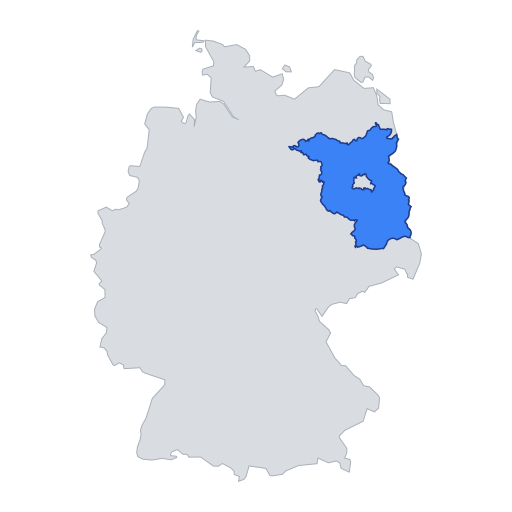 location of Brandenburg within Germany
{"feature_id": "DEU-3487", "entity_name": "Brandenburg", "entity_type": "State", "adm_level": 1, "iso_a3": "DEU", "parent_name": "Germany", "parent_adm1": "", "projection": "orthographic", "projection_center": [13.043, 52.446], "detail": "fine", "context": "in_parent", "style": "filled", "palette": "blue", "viewbox_px": 512, "rotation_deg": 0, "n_neighbors": 0, "source": "natural_earth", "source_scale": "10m", "svg_char_len": 9623}
<svg xmlns="http://www.w3.org/2000/svg" viewBox="0 0 512 512"><path d="M213.4,466.1L200.6,457.0L188.9,457.2L187.1,454.3L183.1,454.3L177.3,449.6L171.9,451.8L170.5,454.2L170.8,455.7L176.2,456.2L176.8,457.5L171.2,459.8L162.3,458.4L151.6,460.1L142.8,459.1L137.8,456.6L136.7,452.7L137.4,447.0L140.1,439.6L141.1,434.1L140.4,430.5L142.0,425.2L145.9,418.4L152.3,398.4L164.7,384.8L164.9,379.8L145.5,373.3L142.4,371.7L139.8,367.7L124.1,368.7L123.1,364.7L119.1,362.8L114.6,365.5L113.1,365.0L107.8,355.3L106.7,350.9L104.1,347.9L99.9,346.9L101.9,338.6L106.4,332.8L107.0,327.6L98.8,322.6L95.0,316.3L94.5,309.3L97.7,301.6L105.1,297.5L104.9,289.6L99.4,285.0L99.1,283.7L101.9,281.0L93.9,271.3L96.7,262.6L95.5,259.9L91.6,257.6L90.6,254.8L93.6,254.5L101.0,249.0L101.3,248.0L99.5,247.0L99.5,244.4L105.1,231.9L105.1,229.7L102.1,223.0L102.2,220.8L97.9,213.1L98.1,210.8L106.3,207.1L112.6,210.9L115.3,209.2L118.5,209.8L126.7,207.2L129.2,203.4L126.4,199.9L127.0,197.4L136.5,191.0L138.2,187.7L139.3,181.2L138.4,178.8L137.3,177.3L129.7,175.5L128.1,171.5L129.2,166.5L130.6,165.7L139.8,166.5L144.6,152.3L147.1,147.9L149.2,129.8L144.7,124.0L147.5,113.8L151.3,108.5L154.1,107.1L165.9,107.1L178.7,108.4L183.5,117.3L181.2,121.5L184.2,123.7L185.8,123.1L188.3,115.2L189.5,114.0L194.5,119.7L194.2,126.6L196.2,117.3L195.6,110.7L196.7,104.4L200.1,99.2L209.4,102.0L220.0,101.4L223.8,104.1L232.1,116.8L238.8,119.7L233.7,116.9L223.6,101.4L212.5,97.0L210.2,92.6L211.2,77.6L207.1,74.3L202.5,75.1L202.1,71.7L203.0,69.2L213.4,65.8L213.8,61.7L205.5,46.6L205.5,40.2L213.2,41.0L222.4,44.5L224.6,46.8L236.7,44.6L245.6,49.4L249.7,55.7L249.7,61.0L244.0,67.1L253.3,66.5L255.4,71.2L260.4,69.7L272.6,77.1L282.2,73.8L283.7,79.5L281.7,85.2L274.8,91.1L276.2,94.9L278.3,95.8L284.6,95.2L294.6,99.2L308.2,87.9L318.9,86.7L334.6,69.6L349.8,72.9L353.8,80.3L364.0,88.4L373.3,87.7L376.7,95.4L378.2,104.9L383.7,109.8L391.7,111.8L393.3,121.8L397.5,137.4L397.5,142.3L396.1,147.7L393.6,152.3L388.3,157.8L388.0,160.9L401.7,174.1L405.5,180.8L403.5,190.6L405.7,195.2L408.0,196.8L409.0,199.2L409.1,204.8L410.8,206.4L408.3,216.7L405.8,220.9L406.6,224.4L410.4,230.6L410.6,238.6L418.3,243.5L421.4,253.9L419.8,263.1L413.0,279.2L407.4,277.2L407.7,273.7L406.7,273.5L404.8,269.2L396.5,266.9L394.3,269.0L398.5,274.8L381.5,283.0L369.0,286.4L364.7,292.4L362.4,291.2L357.4,293.8L355.3,297.6L349.3,298.8L346.6,303.6L340.1,302.2L332.1,304.3L328.6,306.8L322.0,316.4L316.9,308.9L315.5,308.9L315.2,311.3L318.2,316.7L319.4,321.3L328.6,329.5L330.6,333.0L326.0,341.9L334.9,358.0L341.7,365.6L345.5,365.6L354.0,375.5L359.6,379.0L363.8,385.8L369.4,386.8L377.9,395.0L379.6,397.8L378.6,408.2L374.4,411.9L367.2,408.6L363.0,421.3L344.7,430.4L339.4,435.9L339.4,437.7L346.8,448.4L346.8,453.1L344.6,458.1L349.9,459.4L350.7,461.9L349.2,472.1L341.2,468.4L339.7,462.8L336.4,461.0L328.5,462.8L318.0,458.1L317.0,463.7L298.7,465.5L286.0,470.8L282.3,474.3L272.2,475.9L269.9,475.5L265.9,468.4L249.1,466.0L246.0,476.6L243.7,479.5L238.5,481.3L239.4,476.5L234.2,474.5L234.1,471.3L230.8,467.9L222.3,463.5L218.4,466.2L213.4,466.1ZM372.6,74.5L373.5,78.3L372.6,80.3L368.8,77.0L365.0,77.1L362.8,82.2L361.1,82.4L355.2,77.8L354.3,75.6L354.7,65.2L356.6,63.0L356.8,59.8L360.1,56.4L362.9,56.3L365.2,61.1L370.8,64.3L371.3,65.7L368.3,69.8L369.0,72.0L372.6,74.5ZM389.9,99.1L390.1,103.7L380.3,103.4L379.4,99.9L380.0,96.6L376.8,93.0L376.8,89.1L389.9,99.1ZM194.7,42.7L192.3,47.2L193.2,39.1L197.4,30.7L198.9,31.0L196.6,34.9L195.9,39.8L204.2,40.8L203.1,42.2L194.7,42.7ZM291.3,71.8L286.1,71.8L282.3,68.8L284.8,65.0L289.7,67.0L291.3,71.8ZM202.1,51.0L200.7,52.3L195.9,50.5L199.7,48.1L201.8,48.9L202.1,51.0Z" fill="#d9dde1" stroke="#a8b0b8" stroke-width="1"/><path d="M405.1,176.9L406.4,178.0L405.4,180.1L405.2,181.4L405.9,182.0L406.0,182.6L405.5,184.0L404.7,185.3L402.9,187.0L403.1,189.3L404.0,191.8L404.8,193.4L404.6,194.5L405.4,195.4L406.6,195.9L408.6,196.6L409.2,197.6L409.2,198.7L408.5,199.7L408.5,200.0L409.1,200.8L409.0,201.6L408.6,202.7L408.4,204.2L408.8,205.0L411.1,206.7L410.2,208.0L409.9,209.6L409.0,211.6L409.0,215.1L408.7,216.2L408.2,217.3L407.6,218.2L405.6,220.3L405.1,221.3L405.2,222.6L405.9,223.4L406.5,223.9L407.0,224.5L407.2,226.0L407.6,227.5L408.4,228.4L410.2,229.8L410.7,230.8L411.1,232.3L411.1,233.8L410.8,234.9L410.1,236.1L409.8,237.2L409.9,237.6L408.3,237.6L405.9,236.4L405.1,236.3L404.3,236.4L402.8,236.8L398.1,239.3L396.7,239.7L395.5,238.9L394.2,238.4L392.5,238.2L390.3,238.8L388.4,240.0L387.0,241.9L386.8,242.3L386.8,243.2L386.2,244.5L383.6,248.5L383.3,248.7L382.5,248.4L376.3,249.3L370.8,248.9L368.7,248.3L367.9,248.4L367.5,248.3L366.9,247.4L366.0,246.7L365.2,246.0L363.5,245.1L362.7,245.2L361.8,245.9L357.8,247.2L357.3,246.5L356.6,246.2L356.4,246.6L356.0,246.5L355.5,247.3L355.1,246.8L355.0,246.0L355.6,245.3L355.9,244.5L355.9,243.1L355.8,242.6L355.6,242.4L355.5,242.0L356.3,241.2L356.2,240.4L355.9,239.2L355.0,238.5L354.7,238.0L354.9,236.8L354.7,236.4L353.7,235.7L353.1,235.9L352.9,235.7L352.4,235.4L351.4,234.2L350.9,234.0L351.7,232.7L354.1,230.7L355.1,229.3L355.2,228.6L354.4,226.8L354.4,224.4L355.7,222.3L356.9,220.9L357.2,220.2L356.5,219.9L355.1,219.8L354.5,220.8L353.7,220.1L351.1,220.3L350.4,220.1L348.4,218.7L347.4,217.4L346.3,217.1L344.4,217.0L344.2,216.8L343.7,215.6L343.2,215.2L341.5,214.9L336.9,212.1L336.5,212.1L336.2,212.8L335.3,213.3L334.8,213.8L333.2,213.4L332.6,213.0L330.9,211.7L330.2,210.8L329.8,210.5L329.6,210.6L329.2,211.1L328.2,211.1L326.3,209.4L326.1,208.4L324.0,205.4L323.3,204.7L322.5,204.1L322.1,203.2L321.2,202.2L320.8,201.4L320.5,200.3L320.8,199.7L321.3,198.3L322.1,197.4L322.2,197.1L321.7,196.2L321.3,196.1L320.9,195.6L320.8,194.0L321.4,192.5L321.8,191.5L321.7,190.5L321.8,189.8L321.8,189.4L322.4,188.2L322.7,187.1L322.3,186.1L323.0,185.4L323.7,183.8L323.8,182.5L324.1,182.0L323.9,181.8L322.7,182.1L321.8,180.7L321.2,180.4L320.9,180.6L320.7,181.4L320.5,181.8L319.6,182.0L319.2,181.9L318.9,181.5L318.8,181.0L319.4,180.1L318.3,180.0L318.1,179.8L319.0,178.2L319.5,175.0L320.3,175.0L321.0,174.7L321.4,174.0L321.7,172.9L321.8,171.9L321.2,171.2L321.0,170.3L320.6,169.7L320.5,169.2L321.2,168.3L321.1,168.0L320.8,167.4L320.7,166.8L321.9,165.7L322.1,165.0L322.1,164.6L321.2,162.0L321.1,161.8L320.1,161.4L318.7,161.7L317.9,161.7L317.8,160.9L317.5,160.4L317.3,160.2L313.9,160.5L313.4,160.7L312.8,160.5L311.4,159.8L310.4,159.6L308.2,158.0L308.7,157.1L308.9,156.5L308.5,156.2L307.4,156.1L306.9,155.7L305.9,154.1L304.1,154.8L303.5,154.7L303.1,153.1L302.7,152.8L301.5,152.7L301.0,152.4L301.3,152.1L301.5,151.6L301.5,151.1L301.2,150.8L299.6,151.2L298.0,150.5L296.5,150.1L295.5,149.0L294.7,148.8L294.0,148.9L292.9,149.7L292.2,149.9L291.5,149.7L290.9,149.3L289.7,147.8L289.1,146.7L291.8,146.8L293.3,147.3L293.4,145.9L294.0,145.6L295.1,145.7L297.0,146.8L297.9,146.7L298.6,146.2L298.9,145.3L298.6,143.5L298.1,142.9L298.0,142.4L298.3,141.9L300.5,140.0L302.4,139.4L303.6,139.3L304.0,139.5L305.1,140.4L305.5,141.4L306.9,140.7L308.8,140.8L308.7,140.0L308.0,139.4L308.6,139.1L309.5,139.4L310.4,138.4L312.3,137.6L312.9,137.9L314.2,136.8L314.8,136.7L315.1,135.8L315.2,135.0L316.1,134.4L316.6,133.5L318.6,132.9L319.5,133.6L320.6,132.9L321.0,132.8L321.4,132.9L322.2,134.3L324.6,135.0L326.1,135.9L327.7,137.4L328.7,137.9L329.2,138.7L330.9,138.7L332.0,138.4L335.8,139.4L336.3,139.6L337.2,140.6L338.7,141.0L339.5,141.1L339.8,141.3L339.9,142.6L340.3,143.0L342.7,142.8L344.2,143.5L345.6,143.2L346.5,143.2L347.2,143.0L347.4,143.3L346.9,144.0L347.9,144.7L348.8,144.6L350.2,143.0L352.3,141.4L352.7,140.3L353.8,139.4L354.1,139.3L354.6,139.4L355.4,140.6L355.8,140.8L356.7,140.8L357.0,139.6L357.4,138.6L358.0,137.9L358.5,137.6L359.4,137.5L360.2,137.7L361.5,138.4L362.2,138.6L362.8,138.4L364.6,136.9L364.9,136.7L365.8,135.8L366.9,133.0L367.1,131.9L367.3,131.3L367.8,130.8L368.4,130.5L369.7,130.4L370.4,129.7L371.1,128.5L373.1,126.7L374.3,126.5L375.5,126.6L376.5,126.1L376.4,125.4L375.5,123.8L375.5,122.8L376.1,122.8L377.0,124.2L378.6,124.8L378.7,126.0L379.7,127.8L379.9,128.6L380.4,129.4L382.8,129.2L384.9,129.3L386.5,129.8L387.1,128.8L388.0,128.6L389.2,129.2L390.7,129.1L391.5,129.3L391.5,130.8L391.4,131.9L390.9,133.1L389.7,135.1L386.8,137.1L386.8,138.2L389.6,138.8L391.8,138.9L392.3,138.6L392.5,137.8L393.4,137.3L394.4,136.0L396.7,134.5L396.9,135.6L397.1,137.7L398.5,139.2L397.6,141.0L396.7,142.1L396.5,142.8L396.4,143.6L396.8,146.2L395.8,150.0L395.3,151.0L394.3,152.1L392.3,153.8L390.2,155.0L388.5,156.2L389.3,159.9L389.2,161.0L388.8,161.7L387.9,162.5L388.3,163.3L388.9,163.8L390.4,164.1L391.1,164.4L392.3,165.7L393.2,166.2L397.0,168.9L397.6,169.5L398.8,171.8L399.8,172.5L400.9,173.8L403.0,174.6L405.1,176.9ZM370.7,183.7L370.7,183.1L371.5,181.1L371.5,180.7L370.2,180.3L368.7,179.3L366.4,176.6L366.2,176.1L366.3,174.7L365.3,173.6L365.2,173.6L364.3,174.4L364.1,174.8L363.9,174.9L363.2,174.4L362.4,175.1L362.1,175.7L361.5,175.9L360.2,175.8L359.6,175.5L359.4,175.2L359.4,174.7L359.3,174.3L359.4,174.0L358.9,174.0L358.7,174.1L358.3,175.0L357.9,175.3L356.5,175.8L356.1,177.0L356.4,178.0L356.0,178.0L354.3,177.2L354.1,177.4L353.8,178.1L354.0,178.7L353.7,181.6L354.3,182.6L354.3,183.0L352.8,184.5L352.6,185.6L352.9,186.5L352.5,186.8L352.5,187.2L352.0,187.9L352.9,188.7L354.3,189.0L354.8,188.5L356.3,187.8L356.7,187.9L357.6,188.5L359.1,187.9L359.5,188.6L360.9,188.3L362.0,189.5L362.6,189.8L363.7,189.8L363.8,189.3L363.7,188.3L364.0,188.0L364.9,187.8L365.2,188.0L365.5,188.5L365.8,188.8L366.5,188.8L366.9,188.5L367.3,188.4L369.3,189.4L370.2,189.6L370.8,189.6L371.2,190.1L371.4,191.9L371.5,192.0L371.8,192.0L372.2,191.0L373.5,190.3L373.6,189.7L373.5,188.8L373.8,188.2L374.6,187.5L374.7,187.1L374.8,186.4L375.1,186.1L375.1,185.8L374.6,185.2L373.2,184.6L372.5,183.8L372.1,183.5L370.7,183.7Z" fill="#3b82f6" stroke="#1e3a8a" stroke-width="1.5"/></svg>